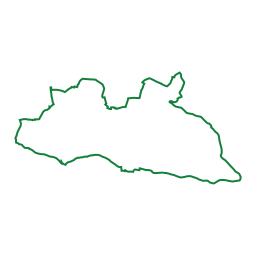 outline of Buza, Cluj, Romania
{"feature_id": "2599482B62988480086143", "entity_name": "Buza", "entity_type": "district", "adm_level": 2, "iso_a3": "ROU", "parent_name": "Romania", "parent_adm1": "Cluj", "projection": "natural_earth1", "projection_center": [24.153, 46.91], "detail": "fine", "context": "isolated", "style": "outline", "palette": "green", "viewbox_px": 256, "rotation_deg": 0, "n_neighbors": 0, "source": "geoboundaries", "source_scale": "gbopen_adm2", "svg_char_len": 5741}
<svg xmlns="http://www.w3.org/2000/svg" viewBox="0 0 256 256"><path d="M213.8,183.4L214.5,183.1L219.2,180.3L220.5,180.0L222.2,179.9L222.6,180.0L225.1,180.1L228.1,180.7L230.5,181.2L232.3,181.5L233.4,181.4L234.5,181.2L235.6,181.0L238.3,180.6L239.1,180.6L239.6,180.5L240.3,179.2L240.6,178.1L240.6,176.9L240.5,176.4L239.1,173.7L237.2,172.5L236.0,171.9L235.3,171.3L233.4,168.9L231.2,166.7L225.9,160.9L225.1,160.1L224.4,159.7L222.6,158.4L221.8,157.6L221.3,156.9L221.1,156.4L220.8,155.8L220.8,155.4L220.9,155.0L221.4,154.0L221.7,152.9L221.7,149.9L221.5,148.6L221.0,146.6L220.8,145.5L220.3,144.2L219.9,141.9L219.5,140.8L219.4,139.7L219.2,138.9L218.9,136.3L218.7,135.6L218.5,135.1L218.3,134.7L217.2,133.2L216.9,132.9L215.6,132.0L215.3,131.7L214.3,130.5L213.7,129.9L213.2,129.0L211.7,127.9L211.2,127.5L211.1,127.2L211.2,126.8L211.4,126.4L211.4,126.2L210.9,125.3L209.7,124.2L209.5,123.8L209.1,123.5L208.5,123.5L207.6,123.2L206.7,122.6L205.7,121.6L205.2,121.1L204.1,120.1L203.4,119.3L201.8,117.6L201.2,117.1L200.9,116.9L200.0,116.6L198.4,116.3L196.4,115.9L194.5,115.1L192.4,114.0L189.6,113.6L186.9,113.0L185.9,112.2L184.5,110.7L181.7,108.1L181.3,107.8L179.1,107.3L177.4,107.0L175.6,106.5L175.0,106.2L174.2,105.5L173.1,104.8L172.7,104.3L172.5,103.8L172.2,103.5L170.9,102.9L169.8,102.2L169.6,102.0L169.6,101.7L169.8,101.4L170.4,101.1L171.0,101.1L171.3,101.1L173.2,102.0L174.2,102.2L174.7,102.2L176.1,101.8L177.0,101.0L177.8,99.8L177.8,99.6L177.5,98.7L178.8,97.8L179.1,97.5L180.6,97.4L181.6,96.8L181.3,95.6L180.4,94.4L179.8,93.2L179.6,92.5L182.0,89.0L182.2,88.0L182.6,87.3L183.2,85.7L184.1,83.1L184.2,82.4L183.9,81.6L181.8,78.4L181.2,77.2L181.1,76.7L181.1,75.8L181.0,74.5L179.6,72.6L176.0,74.6L174.8,75.8L174.4,76.4L174.4,76.5L174.5,76.9L174.2,77.4L172.3,77.0L172.2,77.3L172.3,78.4L172.1,79.1L171.7,80.0L171.3,80.6L170.6,82.7L170.2,83.5L169.0,84.5L168.2,85.4L167.1,86.3L165.3,85.7L165.0,85.7L164.4,85.5L163.4,84.9L161.4,83.9L161.4,83.6L161.2,83.5L160.8,83.5L158.7,82.6L155.5,81.2L154.8,80.7L153.8,80.2L150.2,78.5L149.4,78.3L148.1,78.7L146.9,79.2L145.3,79.9L144.5,80.3L143.9,80.8L142.3,82.4L142.4,82.5L144.3,83.6L143.6,85.0L142.7,87.7L142.0,89.3L141.5,90.1L141.3,90.1L140.9,92.2L140.5,93.3L140.1,95.7L139.5,98.1L134.3,97.9L132.5,97.9L128.1,98.4L128.0,99.4L127.7,100.5L125.9,105.9L125.6,107.0L123.8,106.9L122.7,107.1L116.7,108.8L116.4,108.8L116.3,108.3L116.2,108.3L115.2,108.2L114.8,108.3L114.7,108.2L114.8,107.6L114.7,107.5L114.1,107.5L112.4,107.3L111.2,107.3L111.0,109.0L109.9,109.0L108.8,108.5L107.9,108.3L107.4,108.1L107.6,107.6L107.8,106.6L107.4,106.2L106.0,105.2L105.3,104.4L106.3,103.5L106.0,102.8L105.0,99.2L104.6,97.3L104.0,97.3L102.7,97.5L102.2,96.2L102.4,94.9L104.2,88.9L104.1,88.3L102.9,85.1L102.3,84.3L96.6,80.5L96.2,80.2L95.7,79.7L95.3,79.7L92.3,79.4L90.8,79.4L82.8,78.8L82.6,78.8L82.2,78.9L81.8,79.4L80.7,80.1L79.4,81.8L79.0,82.8L78.9,83.2L78.8,83.7L77.7,84.7L77.6,84.9L77.6,86.0L77.1,87.1L74.5,86.5L74.1,87.5L73.6,87.3L71.6,87.0L71.6,87.3L71.4,87.6L68.8,89.0L65.0,92.0L64.7,92.0L63.1,91.3L61.8,90.8L59.8,90.3L57.7,89.9L56.0,89.8L53.5,89.8L52.8,89.8L51.9,90.0L51.5,89.3L51.2,88.8L51.2,88.2L51.2,87.9L51.1,87.3L50.6,87.3L50.6,89.2L51.0,92.1L51.4,94.3L51.5,95.1L51.4,95.9L52.0,98.1L52.4,100.1L52.7,102.1L53.3,103.5L53.6,104.4L53.3,104.5L52.6,104.9L51.3,106.1L50.1,107.1L50.0,107.3L49.4,106.7L49.3,107.2L49.3,107.4L49.6,108.0L48.9,108.6L47.5,109.7L46.8,110.0L45.6,110.2L44.8,110.4L43.6,111.4L43.1,112.0L42.7,112.6L42.2,113.7L42.1,114.0L41.8,114.3L41.4,115.1L39.5,118.4L39.3,118.7L39.3,119.0L39.1,119.1L38.5,119.3L37.1,119.4L35.0,119.3L34.9,119.9L34.1,119.9L33.4,119.9L33.2,120.0L32.8,120.2L32.6,120.2L32.3,119.8L31.3,119.8L30.5,119.7L29.4,119.6L28.1,119.6L27.4,119.5L26.5,119.1L25.3,119.1L23.2,119.2L22.1,119.5L19.8,120.0L20.6,122.3L20.8,122.8L20.9,123.5L20.8,124.8L20.7,125.6L20.4,126.4L18.8,129.5L17.7,131.7L17.3,132.9L17.2,133.2L16.6,135.2L16.7,135.4L16.5,135.9L16.1,136.5L16.0,136.9L15.7,137.4L15.4,138.3L15.5,138.5L15.8,138.8L16.0,140.0L16.1,142.6L17.7,143.1L18.6,143.6L18.9,144.0L19.1,144.2L19.4,144.3L20.7,144.4L22.0,144.9L22.4,145.3L22.9,146.1L23.4,146.5L24.1,147.2L24.5,147.6L25.5,148.0L27.0,147.9L28.9,148.1L29.3,148.9L30.3,149.2L31.5,149.7L32.6,150.4L35.1,152.5L37.3,153.3L39.2,153.8L39.9,153.9L41.8,154.2L42.6,154.2L44.1,154.3L45.3,154.7L46.8,155.2L49.7,156.5L51.9,156.8L52.8,157.0L53.9,157.2L56.2,158.1L57.1,158.9L58.8,160.3L60.9,162.9L61.2,163.1L61.1,162.4L61.1,161.7L61.2,161.4L61.8,162.6L62.1,162.8L63.0,163.7L64.3,164.4L65.5,164.8L65.8,164.1L66.5,163.4L67.4,162.6L68.3,162.2L70.9,161.5L71.9,160.9L73.8,160.2L74.6,159.3L75.5,158.7L76.7,158.2L77.3,157.8L77.9,157.7L78.9,157.8L79.5,157.7L80.5,157.4L81.3,157.3L82.6,157.3L84.5,156.7L85.2,156.6L86.0,156.6L86.8,156.8L87.8,156.3L89.1,156.0L90.2,155.5L90.8,155.4L92.4,155.3L94.8,154.9L97.7,154.9L98.8,155.1L100.2,155.5L101.6,156.3L103.2,157.0L105.0,157.6L106.6,158.4L108.2,159.3L109.7,160.3L110.6,161.4L114.1,163.7L114.7,164.2L115.0,164.3L116.9,165.8L117.9,166.5L119.1,167.0L119.7,167.1L121.2,167.0L121.6,170.8L122.8,170.7L124.4,171.0L124.9,171.1L125.0,170.2L125.4,170.2L125.5,170.5L125.6,170.8L127.3,171.4L128.3,171.7L128.9,171.7L131.0,171.6L133.2,171.8L133.3,171.3L133.7,170.6L134.2,170.0L135.0,169.5L139.4,170.2L139.7,168.3L146.0,170.0L148.2,170.1L149.9,170.3L150.8,170.6L151.5,170.9L151.7,171.1L152.1,171.8L152.8,172.5L153.5,172.8L154.0,173.0L155.3,173.1L155.8,173.1L160.7,172.7L162.5,172.6L165.1,173.0L166.3,173.0L167.7,173.4L168.6,173.5L171.0,174.4L172.6,174.7L173.9,175.0L176.8,176.2L179.3,177.1L180.4,177.4L181.7,177.4L184.2,177.0L187.1,176.3L189.3,176.1L190.0,176.1L191.3,176.4L196.7,178.2L199.5,179.7L202.8,180.7L203.9,180.8L206.6,180.6L207.1,180.6L207.9,180.9L208.4,181.3L210.0,182.5L211.6,183.0L213.4,183.4L213.8,183.4Z" fill="none" stroke="#15803d" stroke-width="2"/></svg>